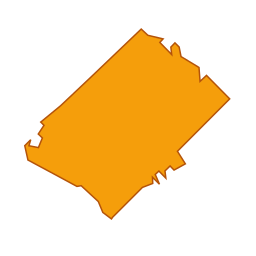 Calhoun, Georgia, United States of America (Equal Earth projection), rotated 135°
{"feature_id": "52423323B2673135153008", "entity_name": "Calhoun", "entity_type": "district", "adm_level": 2, "iso_a3": "USA", "parent_name": "United States of America", "parent_adm1": "Georgia", "projection": "equal_earth", "projection_center": [-84.612, 31.536], "detail": "fine", "context": "isolated", "style": "filled", "palette": "amber", "viewbox_px": 256, "rotation_deg": 135, "n_neighbors": 0, "source": "geoboundaries", "source_scale": "gbopen_adm2", "svg_char_len": 667}
<svg xmlns="http://www.w3.org/2000/svg" viewBox="0 0 256 256"><g transform="rotate(135 128 128)"><path d="M35.5,76.7L35.3,109.7L44.1,110.0L35.0,120.6L40.0,141.0L34.6,149.1L34.6,155.0L40.5,154.9L45.2,149.0L45.0,166.0L40.2,166.2L48.4,179.5L48.7,188.6L118.2,190.2L159.9,191.4L185.5,193.9L185.5,189.3L195.7,187.2L195.6,181.5L205.2,177.5L210.6,185.5L205.1,188.5L213.5,188.5L221.4,176.1L212.1,145.3L205.4,122.8L201.9,120.3L201.0,97.0L205.5,86.1L204.0,75.4L201.8,75.8L159.8,75.8L149.7,71.3L145.5,75.9L145.5,66.0L141.6,75.9L136.6,75.7L136.7,65.8L132.2,71.5L125.1,71.4L125.2,65.7L112.8,62.1L109.5,76.6L35.5,76.7Z" fill="#f59e0b" stroke="#b45309" stroke-width="1.5"/></g></svg>